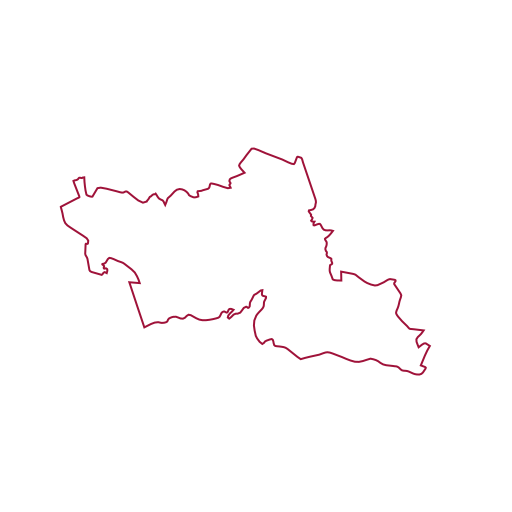 the border of Nuevo León, rotated 292°
{"feature_id": "MEX-2714", "entity_name": "Nuevo León", "entity_type": "State", "adm_level": 1, "iso_a3": "MEX", "parent_name": "Mexico", "parent_adm1": "", "projection": "orthographic", "projection_center": [-99.943, 25.492], "detail": "fine", "context": "isolated", "style": "outline", "palette": "rose", "viewbox_px": 512, "rotation_deg": 292, "n_neighbors": 0, "source": "natural_earth", "source_scale": "10m", "svg_char_len": 6114}
<svg xmlns="http://www.w3.org/2000/svg" viewBox="0 0 512 512"><g transform="rotate(292 256 256)"><path d="M257.2,58.6L258.1,59.4L258.8,60.6L259.7,61.6L260.4,62.1L261.8,62.5L262.3,62.8L262.7,63.6L262.8,64.6L263.1,65.5L263.7,65.8L264.6,67.3L260.5,69.2L256.7,71.2L252.9,73.4L249.4,75.8L249.0,77.0L249.0,79.1L249.3,81.1L249.8,82.1L259.5,83.6L261.2,86.4L262.4,92.2L263.8,102.5L264.2,106.1L264.6,108.1L265.2,109.3L266.9,110.8L267.4,112.0L267.1,113.6L265.0,120.3L263.4,126.0L263.1,131.2L265.6,134.3L266.4,134.3L267.0,134.5L268.0,134.9L271.0,135.4L271.9,136.2L273.6,137.0L274.5,137.6L275.0,138.2L275.2,138.8L275.5,139.3L276.2,139.6L275.2,141.1L274.0,142.7L273.0,144.4L272.7,146.2L272.6,148.5L271.9,149.9L270.7,151.1L269.3,152.7L272.4,152.7L275.6,152.5L276.6,152.6L277.8,153.2L280.0,154.3L285.3,156.3L287.8,157.8L289.5,160.1L290.1,162.6L290.1,165.1L289.5,167.5L288.5,169.7L287.4,171.0L287.2,171.7L287.0,172.9L287.0,174.6L287.0,176.0L287.4,177.3L288.3,178.7L289.6,180.2L291.4,179.3L293.1,177.8L294.2,177.7L295.4,179.9L296.0,181.0L296.9,181.9L300.3,186.3L301.4,186.9L302.5,187.0L305.0,186.6L306.1,186.8L306.6,187.6L307.1,190.2L307.6,194.2L307.8,199.6L308.3,204.5L309.8,206.9L310.3,206.4L311.2,205.3L311.7,204.8L312.3,204.7L313.4,205.1L314.0,205.1L314.4,204.7L315.1,203.6L315.6,203.2L317.3,203.0L318.6,203.7L319.8,204.9L322.9,208.3L324.9,210.3L328.9,214.2L330.9,210.0L332.2,207.8L333.4,206.5L335.0,206.4L337.1,206.9L341.0,208.2L345.9,209.4L353.8,211.7L354.9,213.9L355.1,218.4L354.9,226.4L355.3,244.2L354.9,250.8L354.9,254.5L355.4,256.7L356.6,257.1L358.5,257.1L361.8,257.0L363.0,257.0L363.6,257.4L363.8,258.1L364.0,261.2L363.0,262.5L360.4,264.5L331.1,289.7L329.6,290.8L328.1,291.5L326.2,291.8L324.3,292.3L322.3,292.2L320.6,291.4L319.3,289.8L318.1,288.0L317.1,288.2L316.1,289.7L315.0,291.6L313.7,291.9L313.1,293.1L312.5,294.2L310.9,294.2L309.4,293.9L309.0,294.6L309.2,295.9L309.7,297.3L308.5,297.1L307.1,297.3L306.1,297.9L306.3,298.8L308.3,300.9L309.3,302.2L309.7,303.1L309.3,304.1L308.4,305.2L306.7,307.2L305.8,309.0L305.9,311.0L306.6,312.9L307.5,314.8L307.9,316.3L308.1,317.9L306.2,317.4L304.0,316.7L301.9,315.9L300.2,315.0L298.7,313.9L297.8,313.5L297.1,313.9L296.0,315.4L295.4,316.2L294.6,316.7L293.7,317.0L292.8,317.3L291.0,317.5L289.6,317.4L288.4,317.7L287.0,318.8L286.7,319.2L286.5,319.7L286.2,320.1L285.6,320.5L285.0,320.7L283.9,320.8L283.4,321.1L282.4,322.1L282.0,323.1L281.9,325.8L281.7,326.8L281.2,327.1L280.5,327.3L279.7,327.7L278.6,328.8L278.0,329.3L277.3,329.5L276.6,329.2L275.5,328.2L274.8,328.2L271.5,329.2L269.8,329.9L268.5,330.8L267.2,332.1L265.9,333.4L263.1,335.9L263.0,337.6L263.6,340.0L265.2,344.3L273.4,340.8L275.7,352.3L275.9,353.8L275.9,355.3L274.7,359.3L273.0,366.1L272.6,369.1L272.6,373.3L273.2,377.3L274.5,379.6L278.3,383.2L279.6,384.4L282.5,386.5L283.8,387.6L284.8,388.9L285.7,392.7L285.9,393.8L285.7,394.5L284.9,394.8L282.6,394.3L281.7,394.7L275.4,404.0L274.0,405.4L271.9,405.8L269.4,405.9L267.3,406.1L265.1,406.5L262.8,406.8L260.5,406.9L258.3,406.8L257.3,406.9L256.4,407.0L255.7,407.2L255.0,407.7L254.0,408.9L253.0,410.5L250.3,415.8L247.6,422.4L246.6,424.3L246.2,425.2L246.1,426.1L247.1,429.4L248.0,432.7L249.8,439.3L247.6,438.8L245.5,438.2L243.4,437.3L241.5,436.4L238.9,435.9L236.6,437.0L234.5,438.9L232.3,441.0L236.1,443.2L237.9,444.6L238.6,446.1L237.7,450.9L232.5,450.2L227.0,449.9L216.3,449.8L216.4,454.3L216.1,455.2L215.2,455.4L210.5,454.4L208.7,453.5L207.3,451.9L206.4,449.4L206.0,447.5L205.9,445.9L206.1,440.9L206.0,439.4L205.7,438.1L204.9,435.6L204.7,434.2L205.0,432.8L206.1,430.0L206.3,428.5L206.2,427.3L205.8,426.1L205.2,423.7L203.5,417.6L203.1,414.5L203.5,411.4L204.2,408.7L204.4,406.1L204.2,403.5L203.7,400.6L201.2,397.5L198.6,394.4L196.4,391.1L195.0,387.3L194.5,382.8L194.4,378.2L194.5,373.5L194.4,368.9L194.3,363.4L194.1,360.6L193.5,358.2L192.5,356.5L191.1,354.8L188.2,351.6L182.8,343.7L180.0,339.8L177.1,336.1L178.0,332.1L181.6,320.1L182.0,317.8L181.9,315.9L181.5,314.0L180.9,311.6L180.2,309.3L179.8,307.6L180.2,306.3L181.8,305.0L183.4,304.0L184.6,302.9L184.9,301.7L183.8,300.1L181.4,297.4L180.0,296.3L178.6,296.0L176.8,294.8L177.8,291.5L180.0,287.9L181.9,285.7L186.3,282.7L190.8,280.1L195.6,278.6L200.9,278.6L202.9,279.1L204.9,279.8L208.9,281.4L210.8,281.9L212.5,281.9L214.2,281.4L216.2,280.7L217.6,280.7L219.3,280.9L220.9,281.0L222.0,280.5L222.0,279.9L221.7,277.7L221.7,277.0L222.1,276.3L222.8,275.8L223.6,275.5L226.7,274.7L225.8,273.3L221.3,270.6L219.4,269.0L218.6,268.7L214.4,268.4L212.9,268.2L211.5,267.9L210.1,268.0L207.0,269.0L205.7,268.8L204.9,268.1L205.0,267.4L205.3,266.7L205.3,265.9L203.3,264.1L200.4,263.4L197.6,262.6L195.6,260.5L195.0,258.9L193.3,257.2L190.2,255.9L187.9,254.6L188.4,252.9L190.4,252.6L193.0,253.4L195.6,254.6L197.7,255.3L197.7,253.1L197.4,252.1L196.9,251.2L195.9,250.8L193.5,250.7L192.6,250.2L192.5,249.5L192.6,248.5L192.7,247.5L192.3,246.7L191.7,246.1L191.1,245.7L190.4,245.4L189.6,245.3L187.6,245.2L186.0,245.0L184.7,244.2L183.3,242.5L181.3,239.7L179.4,236.7L177.7,233.6L176.4,230.3L175.8,227.3L175.9,224.0L176.3,220.8L176.7,217.7L176.3,215.5L174.5,214.2L172.1,213.2L170.5,211.7L169.8,209.4L169.8,207.0L169.7,204.6L168.8,202.4L167.9,201.1L166.7,199.8L165.4,198.7L164.0,198.3L162.5,198.3L161.6,198.0L160.8,197.3L159.7,195.8L159.0,194.4L158.5,193.1L158.0,190.1L156.3,187.0L153.6,184.1L148.0,179.2L165.2,164.5L184.2,148.4L187.3,158.3L190.1,155.9L192.6,153.3L195.3,149.8L197.0,145.6L199.5,136.7L199.8,135.1L199.8,133.3L199.6,129.8L199.8,125.1L199.7,122.4L199.3,120.7L197.7,119.8L193.5,119.1L192.1,118.1L191.1,116.6L190.6,116.7L190.3,117.7L189.8,118.9L189.3,119.1L188.0,119.2L187.5,119.6L187.5,120.2L187.8,120.7L188.2,121.1L188.4,121.5L188.1,122.9L187.2,123.5L185.9,123.8L184.2,124.0L184.4,121.8L183.4,120.9L182.0,120.6L180.7,120.0L179.6,109.5L179.8,107.9L180.6,106.8L190.2,100.8L191.2,99.9L193.0,97.6L194.1,96.8L203.1,93.6L203.6,93.7L203.8,94.3L204.0,95.0L204.4,95.4L205.0,95.4L207.4,94.7L209.0,92.4L210.0,88.1L210.9,83.4L212.2,76.7L212.9,73.2L213.7,69.7L215.0,66.9L217.1,64.7L219.9,62.6L222.9,60.7L225.4,58.9L228.0,56.9L228.5,56.6L242.4,68.5L243.7,69.8L244.3,70.2L245.0,69.9L255.2,60.3L257.2,58.6Z" fill="none" stroke="#9f1239" stroke-width="2"/></g></svg>